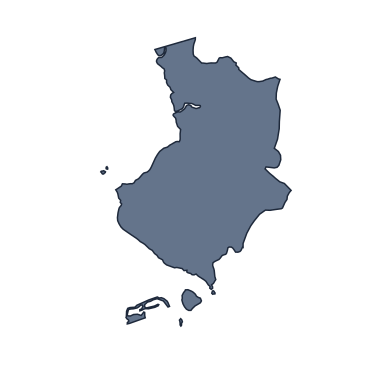 Ngermid, Koror, Palau (Albers equal-area conic projection), rotated 200°
{"feature_id": "81905179B43507284949030", "entity_name": "Ngermid", "entity_type": "district", "adm_level": 2, "iso_a3": "PLW", "parent_name": "Palau", "parent_adm1": "Koror", "projection": "albers", "projection_center": [134.502, 7.348], "detail": "fine", "context": "isolated", "style": "filled", "palette": "slate", "viewbox_px": 384, "rotation_deg": 200, "n_neighbors": 0, "source": "geoboundaries", "source_scale": "gbopen_adm2", "svg_char_len": 5370}
<svg xmlns="http://www.w3.org/2000/svg" viewBox="0 0 384 384"><g transform="rotate(200 192 192)"><path d="M147.8,328.0L148.0,328.0L149.3,327.8L153.0,328.6L155.9,326.3L157.4,325.6L159.6,323.8L160.8,323.1L163.5,320.4L166.8,318.6L168.5,318.0L172.1,317.8L175.1,317.7L178.0,318.5L180.4,319.5L188.6,322.6L190.0,323.2L190.4,324.5L191.7,325.2L192.3,325.5L194.0,326.1L194.6,328.4L197.3,328.7L198.6,329.5L201.2,331.1L204.9,331.5L206.7,330.4L209.4,328.5L211.6,327.8L212.3,327.0L212.8,322.7L213.9,321.3L218.4,319.7L220.6,318.6L222.0,317.8L225.5,317.0L227.1,316.5L233.3,319.5L234.9,320.0L236.6,320.4L238.0,322.0L239.5,325.6L240.5,329.2L240.9,331.8L240.9,333.9L241.0,336.3L241.6,338.1L267.0,319.5L265.6,318.4L264.7,315.7L264.6,313.5L265.1,310.8L266.5,308.1L269.3,306.9L270.0,305.5L270.3,303.7L269.9,302.3L268.3,300.8L264.0,299.4L262.3,298.6L260.4,298.2L259.1,296.5L258.8,294.5L257.6,292.2L256.3,289.3L254.3,288.7L253.3,286.1L251.4,284.2L248.4,282.9L246.8,280.9L243.3,279.3L244.6,277.6L245.2,275.9L244.7,273.6L242.6,271.6L241.8,269.9L240.0,268.4L238.7,267.0L237.7,265.3L236.4,262.6L235.2,262.0L233.7,262.8L231.1,265.4L230.1,266.5L229.6,267.3L229.1,269.2L229.2,270.8L229.2,272.2L229.2,272.9L227.2,273.8L224.4,274.5L222.5,275.1L219.7,274.9L218.4,274.6L216.4,275.3L214.8,275.9L213.8,276.0L213.4,275.5L213.4,274.7L213.8,273.8L214.7,273.3L215.9,272.3L216.9,271.8L218.4,271.8L220.4,271.7L221.7,271.9L222.2,272.6L223.4,272.8L225.0,272.8L225.7,272.3L226.7,271.3L227.0,269.7L227.4,267.7L228.7,265.5L230.2,263.3L231.0,262.9L231.7,262.9L232.4,262.5L233.4,261.9L235.0,260.2L235.5,259.7L235.8,259.3L236.1,258.7L236.1,257.8L235.6,257.3L234.2,256.5L232.7,255.8L231.6,254.2L230.7,252.2L227.9,248.7L224.1,246.9L223.1,242.7L221.2,237.7L221.0,236.3L221.2,234.9L223.2,234.4L224.4,233.7L229.0,228.3L230.4,225.8L233.5,223.5L236.2,219.1L237.2,215.6L238.0,211.4L238.8,201.3L239.3,198.5L240.1,196.7L241.0,195.3L243.7,193.4L244.6,191.8L246.3,187.2L247.0,185.9L249.1,183.6L249.6,180.8L251.0,179.3L252.6,178.8L254.5,177.8L255.8,177.0L257.6,176.7L260.2,175.9L260.4,173.4L264.4,168.0L262.2,166.3L261.0,164.8L258.8,161.2L256.2,159.8L255.8,157.6L254.1,156.8L253.9,155.3L254.9,152.6L254.9,150.9L254.4,147.2L253.3,142.4L252.0,139.6L249.7,137.2L246.7,134.8L243.8,133.4L233.7,130.8L228.4,129.5L226.0,128.7L223.7,127.7L220.7,127.2L218.3,126.6L212.7,124.1L209.5,123.6L208.2,122.8L206.2,121.4L203.2,120.5L201.0,118.8L196.5,118.2L194.9,116.5L193.7,115.7L190.9,114.8L182.5,114.8L180.5,115.9L175.1,116.7L172.6,115.4L170.0,116.7L169.5,115.1L168.2,114.7L165.4,115.0L163.7,114.3L161.8,114.8L160.1,116.3L157.4,115.1L150.2,113.5L148.3,112.8L144.8,110.2L142.8,109.5L142.4,107.7L140.6,107.1L139.7,108.5L140.2,109.9L141.9,111.5L140.6,113.4L140.1,116.3L139.7,117.8L141.6,120.3L144.2,125.7L145.1,127.1L147.3,129.8L147.9,131.4L148.0,132.9L146.5,134.9L143.6,137.8L142.9,139.4L142.4,141.1L141.9,142.7L140.4,144.0L139.0,145.0L138.6,146.4L138.8,149.5L139.2,151.8L138.3,153.0L136.1,153.7L134.6,153.3L133.0,152.3L130.5,150.4L128.2,151.2L126.6,152.5L126.0,153.8L125.6,157.6L125.1,157.5L126.4,161.1L126.4,164.4L126.4,172.0L125.4,179.1L125.2,180.4L123.6,186.3L120.9,194.2L116.8,200.1L112.4,201.5L107.8,204.0L105.9,205.0L102.4,206.8L101.5,207.9L101.1,213.9L100.2,217.5L101.0,220.7L100.4,224.7L99.4,227.4L108.1,231.6L113.0,231.6L118.0,233.3L120.7,234.4L125.5,236.1L131.2,238.7L131.0,240.9L122.9,242.8L120.5,244.3L119.5,246.7L119.6,252.6L121.4,256.8L124.7,259.6L129.6,261.2L129.7,270.9L130.9,277.1L131.7,281.3L134.0,288.1L137.1,299.0L141.1,304.0L144.7,308.0L146.6,313.9L147.6,320.5L147.8,327.1L147.8,328.0ZM162.1,83.7L159.8,81.6L157.2,80.0L154.6,79.6L152.5,80.4L151.8,82.6L150.1,86.1L148.0,88.6L146.2,90.8L145.9,92.9L147.8,95.1L150.1,95.1L152.2,95.6L153.4,96.7L153.9,97.1L156.5,98.2L158.4,98.6L162.4,98.8L164.7,97.8L164.6,97.3L165.5,94.6L165.9,91.4L164.8,88.9L164.6,87.1L163.5,85.5L162.1,83.7ZM207.7,45.9L205.6,47.3L192.9,57.8L193.4,58.5L194.2,59.8L194.7,61.2L195.3,62.7L196.3,62.7L196.9,60.5L197.6,58.6L201.4,58.5L205.0,56.9L207.5,54.4L209.8,53.7L210.5,53.7L211.0,55.3L211.3,57.8L211.4,59.9L209.5,61.1L207.1,62.2L203.9,64.3L202.3,66.5L201.6,68.0L200.2,68.8L199.2,68.0L199.2,65.2L200.8,63.5L200.3,62.5L198.6,63.9L197.3,65.4L195.9,66.4L192.9,67.4L187.5,70.9L184.8,73.6L184.7,74.8L185.6,74.8L188.3,72.0L192.4,69.3L195.3,67.4L197.4,67.9L197.9,70.1L196.2,73.3L193.6,75.1L191.5,77.5L189.0,79.3L188.1,79.8L181.6,79.8L175.2,75.7L174.0,76.8L176.6,79.7L178.0,80.9L182.0,82.2L184.7,82.2L186.4,81.2L188.7,81.5L195.6,75.9L205.1,66.7L205.7,65.3L206.4,64.1L208.8,63.1L210.8,62.2L212.6,60.7L212.7,57.6L211.2,52.8L211.1,52.3L211.1,51.5L209.6,50.5L209.3,50.4L208.1,50.1L207.2,49.1L208.1,47.1L207.7,45.9ZM275.6,313.2L273.5,311.1L271.0,309.2L269.7,308.8L267.8,309.7L266.3,312.2L266.1,313.7L266.4,315.7L267.0,317.8L267.5,319.1L268.0,318.8L275.6,313.2ZM156.9,65.4L156.6,66.7L157.8,68.3L159.3,69.1L160.0,67.3L159.1,66.2L158.3,64.6L157.7,63.0L156.6,62.2L156.3,62.8L156.3,63.2L156.9,65.1L156.9,65.4ZM280.2,180.5L280.2,181.4L281.4,181.7L282.5,181.7L283.0,181.2L284.4,180.5L284.6,179.7L283.6,179.3L283.0,178.7L282.3,178.3L281.2,178.7L280.8,179.8L280.2,180.5ZM136.2,103.8L135.6,104.1L135.8,105.0L136.7,105.6L137.3,106.2L138.3,106.5L138.9,105.9L138.9,104.6L138.8,103.6L137.6,103.0L137.1,103.4L136.2,103.8ZM279.1,184.6L279.2,185.2L279.6,186.0L280.6,186.7L281.1,186.0L280.9,185.0L280.6,184.5L279.8,184.4L279.1,184.6Z" fill="#64748b" stroke="#1e293b" stroke-width="1.5"/></g></svg>